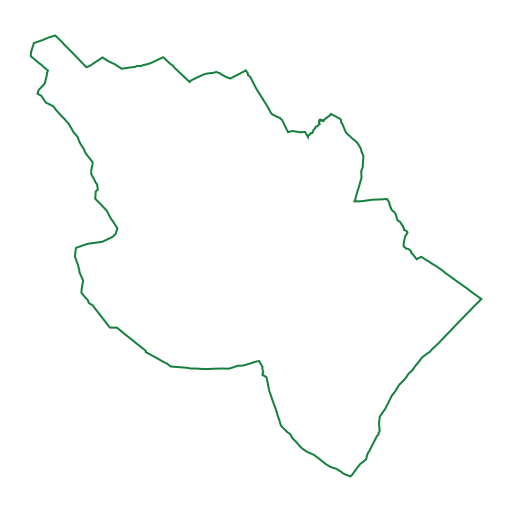 outline of Drangedal nor, Telemark, Norway
{"feature_id": "86288312B55078713948498", "entity_name": "Drangedal nor", "entity_type": "district", "adm_level": 2, "iso_a3": "NOR", "parent_name": "Norway", "parent_adm1": "Telemark", "projection": "mercator", "projection_center": [9.073, 59.091], "detail": "fine", "context": "isolated", "style": "outline", "palette": "green", "viewbox_px": 512, "rotation_deg": 0, "n_neighbors": 0, "source": "geoboundaries", "source_scale": "gbopen_adm2", "svg_char_len": 5895}
<svg xmlns="http://www.w3.org/2000/svg" viewBox="0 0 512 512"><path d="M481.3,299.0L469.8,290.7L468.9,289.8L455.9,280.6L448.7,275.3L445.5,273.1L442.2,270.3L435.5,265.7L435.0,265.6L434.7,265.3L430.8,263.0L429.4,261.8L426.5,260.2L421.3,256.8L418.8,258.0L416.7,259.3L413.0,254.5L412.4,253.8L411.1,252.8L411.3,251.6L410.3,250.4L408.3,248.9L405.8,248.5L405.4,247.8L405.3,247.5L404.4,247.1L403.8,246.6L403.6,245.9L403.6,244.6L403.6,244.0L405.0,236.8L405.2,236.1L406.2,235.0L406.8,234.0L407.5,232.3L406.4,230.9L404.0,229.8L403.8,227.8L403.1,227.1L402.9,225.7L401.7,224.8L401.4,223.8L401.0,223.5L400.6,222.6L399.6,221.4L397.8,220.7L396.7,218.1L396.1,215.5L394.9,212.7L393.6,211.5L392.9,211.2L392.2,210.5L390.7,208.1L390.6,207.9L390.8,207.7L390.6,207.3L390.3,206.6L390.3,205.8L389.7,205.1L389.3,204.0L389.5,203.2L389.1,202.2L387.2,199.1L386.3,199.1L386.0,199.3L385.6,199.0L381.3,199.4L372.7,199.7L360.7,201.3L354.5,201.4L355.3,199.2L355.6,198.0L357.3,191.9L357.5,190.7L358.1,189.4L358.4,188.6L358.7,187.3L359.1,186.3L360.4,181.4L361.5,178.1L361.2,171.1L362.7,167.2L363.4,156.3L362.3,153.0L361.9,152.5L361.5,151.8L361.5,151.2L361.1,150.1L360.9,149.0L360.4,148.1L360.2,147.4L359.8,147.0L359.4,145.9L358.8,145.5L358.6,145.0L358.6,144.8L358.5,144.6L356.8,142.3L356.0,141.5L355.0,140.6L352.7,138.9L350.2,136.6L350.0,136.3L347.2,133.8L345.6,131.9L342.3,123.8L341.5,123.0L341.2,122.3L340.9,120.0L340.7,119.2L338.9,118.2L330.9,113.9L330.3,114.7L330.3,115.0L330.2,115.2L329.4,115.7L327.3,117.4L326.4,117.8L325.3,118.7L325.0,119.2L324.3,119.7L323.6,120.9L323.4,121.1L322.7,121.0L322.3,120.5L322.3,120.2L322.1,120.2L321.9,120.1L321.7,120.4L321.2,120.6L321.2,120.3L320.9,119.9L320.4,119.5L320.1,119.5L319.8,119.7L319.7,120.0L319.3,120.3L319.3,120.5L319.5,120.5L319.0,121.3L319.0,121.7L318.8,122.3L318.8,122.5L319.2,122.7L319.1,123.2L319.6,123.7L319.6,124.3L319.4,124.6L318.7,124.7L318.4,125.0L317.6,126.0L316.4,126.7L315.9,126.7L315.4,127.1L315.3,127.4L315.3,128.0L313.5,129.9L313.4,130.7L313.0,131.6L312.5,132.5L311.9,133.2L310.7,133.2L310.3,134.1L308.6,135.3L308.5,135.7L308.2,135.8L308.0,137.1L305.1,131.9L300.1,132.3L292.5,131.0L288.1,132.2L287.6,131.0L286.8,129.9L285.7,127.3L285.4,126.9L284.4,124.7L284.0,123.9L283.5,122.7L281.8,119.6L281.2,119.3L280.2,118.5L280.0,118.2L279.9,117.8L279.4,117.8L278.0,117.1L276.7,116.7L274.7,115.5L273.1,114.8L271.6,113.8L270.6,112.3L267.7,107.0L265.9,104.0L256.2,88.5L251.0,78.4L250.1,76.8L248.0,75.0L247.8,73.3L247.4,72.8L245.8,70.4L242.8,72.1L240.9,73.0L239.5,73.9L238.3,74.4L230.4,78.5L227.0,77.4L222.2,74.9L219.4,73.0L217.8,72.6L216.6,72.0L215.4,72.2L214.2,72.6L211.8,73.1L210.1,73.0L209.6,73.3L207.4,73.5L204.7,74.1L200.3,76.0L191.1,80.4L189.6,82.0L175.2,68.4L172.5,65.3L170.8,64.3L163.2,57.2L150.9,63.0L147.7,64.1L142.8,65.2L141.0,66.0L140.4,66.1L139.0,65.9L136.6,66.1L134.8,67.0L128.8,67.6L126.3,68.1L121.7,68.7L114.5,64.1L108.2,61.2L102.5,57.4L89.8,65.9L86.3,67.2L74.4,54.8L63.8,44.1L62.5,42.5L55.3,35.5L49.7,37.1L42.0,40.3L33.9,43.1L31.1,51.9L30.7,56.1L39.4,63.4L40.4,64.1L42.4,65.7L43.2,66.7L46.6,69.4L47.9,70.4L47.1,72.8L47.0,73.9L46.3,77.3L45.0,82.7L43.7,84.8L38.7,89.9L37.5,93.6L41.5,96.0L45.6,102.4L53.4,106.3L55.4,109.2L57.1,111.2L63.0,117.6L64.3,118.7L68.8,124.0L73.9,132.8L75.9,134.8L77.6,137.0L78.6,139.7L79.0,141.1L79.9,142.6L80.8,144.5L84.4,149.9L84.6,151.5L87.0,155.0L92.6,162.2L92.6,164.1L91.5,168.8L91.3,170.2L91.2,171.9L91.3,174.3L94.4,179.8L95.5,182.2L97.1,184.4L97.8,189.8L95.8,191.3L95.2,198.7L99.6,203.1L106.9,210.9L111.1,219.1L112.7,221.0L117.4,228.3L115.7,233.7L112.7,236.8L109.5,238.4L102.2,241.8L89.0,243.6L87.0,244.0L76.2,247.8L75.8,248.9L74.9,256.4L77.8,264.6L78.7,267.6L78.8,268.5L79.3,269.9L79.4,272.2L83.1,280.5L81.7,288.7L81.4,292.6L83.7,295.7L86.5,298.8L87.1,299.1L87.8,300.2L88.2,301.1L88.5,302.6L89.5,303.5L92.1,304.8L92.8,305.4L95.5,309.1L109.9,327.6L117.0,327.7L125.0,334.3L145.7,350.8L145.8,352.1L157.7,358.6L162.0,361.1L167.2,363.8L170.7,366.5L187.1,367.8L190.7,368.5L195.1,368.5L201.7,368.9L207.6,369.1L211.8,368.8L221.5,368.5L228.8,368.7L234.6,366.9L235.6,366.4L238.4,365.7L241.1,365.7L243.3,365.5L250.2,363.5L254.6,361.9L259.1,361.0L262.5,367.0L262.4,369.3L262.8,370.4L263.1,371.5L263.3,371.7L262.7,373.2L262.9,373.4L262.6,374.0L262.5,374.5L262.5,374.9L262.6,375.2L264.3,375.8L265.2,376.6L265.6,376.5L266.1,376.8L266.8,378.2L267.0,379.9L267.3,380.8L268.3,386.3L268.7,388.1L269.2,390.6L273.4,402.8L275.5,408.3L277.2,413.6L277.4,414.9L277.8,415.7L277.9,416.5L278.3,417.0L278.6,418.6L278.8,418.8L278.8,419.1L279.1,419.5L279.7,421.3L279.8,421.9L280.5,424.2L280.7,425.1L281.0,425.7L283.6,428.4L284.1,428.8L285.4,430.2L287.5,432.3L288.8,433.1L290.0,434.0L291.5,436.2L291.7,437.3L292.3,437.8L292.6,438.3L294.0,439.9L294.4,440.1L295.0,440.8L295.6,441.2L295.9,441.8L296.3,442.0L298.4,444.5L298.9,445.4L299.9,446.1L300.4,446.7L301.5,447.8L302.0,448.4L307.0,451.8L313.6,454.7L318.4,458.2L325.5,463.9L330.5,467.0L331.9,467.3L333.3,467.9L336.1,468.7L341.3,471.9L342.6,473.1L345.1,474.4L349.5,476.0L350.3,476.5L351.6,475.3L353.0,473.6L354.3,471.7L355.5,470.3L356.4,468.9L360.1,464.1L364.6,460.6L366.2,459.2L366.7,456.7L366.9,455.7L367.9,453.2L368.2,452.5L368.8,452.0L376.8,436.3L377.6,435.5L378.8,433.7L378.6,432.7L379.3,431.8L379.6,430.9L379.5,428.5L379.2,425.9L379.0,423.5L379.1,422.6L379.2,421.0L379.6,418.3L379.7,416.8L382.0,413.3L385.1,409.1L385.7,408.0L386.2,406.7L387.1,405.0L387.8,404.1L388.0,403.4L389.2,400.8L389.6,400.2L390.2,398.8L391.0,397.5L391.5,396.3L392.5,394.6L393.5,393.7L394.0,392.9L395.4,391.1L398.4,385.9L399.6,384.4L404.6,379.4L405.6,378.0L406.0,377.6L408.2,374.1L411.1,371.4L412.4,370.1L415.3,366.0L419.3,361.1L421.7,357.9L423.7,356.1L424.9,355.4L426.7,353.8L429.7,352.0L429.9,351.6L430.4,351.1L432.2,349.1L434.4,347.1L434.6,346.8L436.1,345.5L438.8,342.9L458.3,322.5L459.7,321.1L461.7,319.0L462.6,318.1L475.0,305.3L479.2,301.3L480.2,300.0L480.9,299.6L481.3,299.0Z" fill="none" stroke="#15803d" stroke-width="2"/></svg>